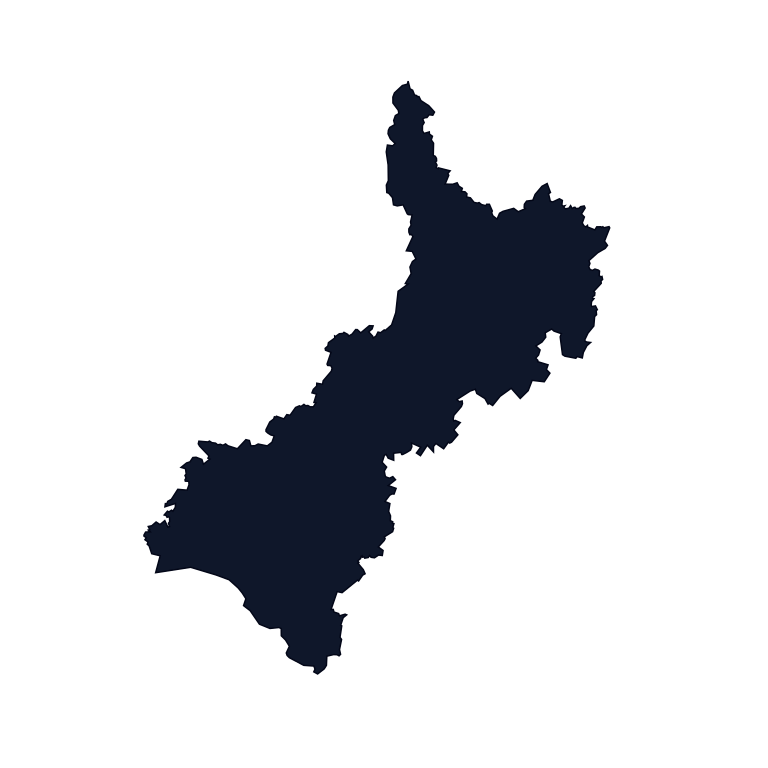 outline of Roscommon Lea-6, Roscommon, Ireland, rotated 107°
{"feature_id": "5873133B51577512339475", "entity_name": "Roscommon Lea-6", "entity_type": "district", "adm_level": 2, "iso_a3": "IRL", "parent_name": "Ireland", "parent_adm1": "Roscommon", "projection": "albers", "projection_center": [-8.414, 53.724], "detail": "fine", "context": "isolated", "style": "filled", "palette": "ink", "viewbox_px": 768, "rotation_deg": 107, "n_neighbors": 0, "source": "geoboundaries", "source_scale": "gbopen_adm2", "svg_char_len": 6162}
<svg xmlns="http://www.w3.org/2000/svg" viewBox="0 0 768 768"><g transform="rotate(107 384 384)"><path d="M173.3,444.1L188.3,439.3L193.1,439.9L200.1,437.3L200.2,435.2L203.3,430.4L209.9,427.3L209.8,423.4L207.1,418.1L214.4,411.6L214.9,410.4L214.1,406.5L221.3,406.0L224.2,404.5L228.4,405.6L231.5,404.6L233.7,402.9L233.0,401.4L234.5,399.5L250.1,401.6L248.9,395.8L255.1,390.0L258.6,392.6L264.6,393.4L270.5,390.3L281.7,393.0L281.3,390.1L291.2,397.6L312.3,393.6L325.3,394.0L332.5,398.5L332.2,399.6L335.9,402.2L336.1,404.9L340.5,405.7L343.3,407.8L341.6,408.8L338.6,413.9L334.9,411.5L331.6,411.4L332.5,415.1L341.9,421.2L339.8,425.4L340.2,427.0L345.6,429.1L348.6,431.9L347.2,433.0L346.3,437.4L347.6,438.0L349.0,441.4L352.7,444.2L352.5,445.2L354.4,444.5L360.7,449.2L364.1,448.8L367.1,450.7L368.8,449.8L369.2,443.9L381.6,444.3L382.7,443.3L382.0,440.3L383.9,438.3L387.1,438.1L398.7,443.1L402.2,442.7L402.9,448.5L405.7,447.8L409.8,450.0L413.5,450.3L413.4,445.6L422.1,445.6L421.7,443.5L426.5,444.9L427.4,448.0L426.8,450.5L427.7,452.5L426.9,454.6L429.8,456.8L429.6,458.5L432.3,461.7L441.3,464.7L441.7,468.0L446.6,469.5L446.3,477.5L447.4,477.9L447.4,479.2L449.8,479.3L453.7,482.1L462.2,483.5L463.8,483.0L464.9,480.7L465.8,477.4L465.7,473.8L472.4,474.1L477.3,477.5L478.2,486.8L480.7,489.3L482.1,493.2L477.4,496.2L477.6,499.8L488.8,505.3L488.7,515.2L487.6,518.0L489.7,520.1L489.5,522.9L490.8,525.3L489.8,527.8L490.4,531.4L489.6,534.2L490.9,535.5L492.8,544.3L495.5,544.1L497.3,542.2L504.0,530.3L506.4,530.7L506.7,528.5L513.5,533.2L509.4,536.1L509.0,542.3L510.2,545.3L515.2,546.8L517.2,549.7L523.1,553.7L523.0,549.4L523.8,548.7L528.0,546.8L529.6,547.6L531.8,545.8L533.8,546.3L535.0,545.6L534.1,542.2L537.4,541.0L543.1,541.3L545.0,550.4L556.4,553.6L559.5,556.5L561.9,556.6L562.3,558.1L565.5,557.6L559.2,548.5L562.9,547.5L567.5,548.7L566.8,550.3L569.3,552.3L568.9,553.9L573.5,555.9L573.5,553.8L574.9,552.5L573.9,551.2L574.6,550.0L578.3,548.7L580.2,549.4L583.0,547.4L584.0,548.9L578.7,553.7L583.9,557.1L582.6,561.6L587.4,564.6L589.2,567.8L591.8,565.4L592.6,566.7L593.7,564.4L595.3,568.7L598.7,569.4L599.7,569.0L600.5,566.4L602.8,567.1L604.1,563.4L606.4,563.6L607.5,561.3L614.2,556.5L613.7,547.8L631.2,547.2L615.8,515.3L615.7,489.0L616.5,474.9L621.7,463.8L625.2,458.6L629.7,453.3L637.0,453.5L639.9,445.7L650.1,432.9L651.1,421.6L647.6,413.3L647.9,410.8L654.8,408.6L657.6,403.3L662.5,397.8L669.8,398.8L671.9,397.3L673.4,394.5L676.5,378.5L674.2,368.6L676.9,366.6L679.8,367.0L680.7,362.7L673.9,357.9L669.9,356.8L661.0,359.1L657.5,353.1L656.6,349.7L657.1,347.5L655.2,346.5L651.0,348.9L640.7,349.9L639.1,352.0L627.6,353.7L627.3,354.9L619.4,354.7L615.7,352.2L615.5,353.9L618.7,358.8L616.8,360.3L616.7,365.2L614.4,366.6L615.1,368.7L596.2,368.1L595.8,363.1L579.4,352.1L579.8,350.7L573.0,348.5L571.0,346.6L567.6,349.5L563.0,356.6L562.1,355.8L560.8,357.4L557.8,355.4L555.5,355.7L554.6,354.7L556.0,354.1L555.2,352.6L556.2,351.5L554.5,348.3L552.2,347.6L553.5,345.7L553.0,342.3L549.2,339.2L548.5,335.5L543.5,336.2L541.5,341.8L533.7,338.1L531.6,337.7L530.1,339.0L522.7,332.6L519.1,332.6L518.6,333.6L514.6,333.7L514.7,335.3L513.2,335.4L512.8,338.0L508.2,339.2L504.5,342.3L496.6,343.4L496.1,348.7L488.8,346.1L486.8,344.2L486.3,342.2L480.3,341.9L479.9,350.3L472.2,345.0L470.0,348.5L472.5,351.2L472.3,354.9L471.5,356.0L467.1,358.3L462.7,357.2L459.4,362.9L452.2,362.8L450.6,361.4L453.7,358.3L454.1,352.4L447.4,354.6L444.4,347.7L446.2,346.5L446.0,345.6L442.8,342.3L439.5,339.4L435.9,339.0L432.4,340.5L433.7,330.4L440.5,332.8L441.9,328.2L429.9,324.7L434.5,316.8L429.3,318.4L425.7,317.0L428.5,308.0L420.8,305.4L421.3,303.9L419.9,302.4L411.0,298.5L407.5,303.8L398.6,299.8L398.0,305.2L399.0,306.4L397.3,307.6L393.5,308.0L382.9,303.4L379.9,303.2L377.4,304.3L378.9,307.0L377.6,309.8L365.5,299.5L362.3,295.1L365.9,292.5L368.4,283.2L372.8,278.6L371.7,277.9L372.8,273.8L361.8,269.4L350.9,261.1L358.0,249.5L348.2,244.2L337.2,243.4L335.0,231.4L325.1,228.5L322.7,232.9L317.7,232.7L317.7,243.6L316.4,243.8L315.0,246.5L311.1,244.7L305.8,244.7L303.2,249.9L297.7,245.2L291.9,243.0L287.9,244.8L282.4,239.7L283.7,236.9L284.0,229.1L287.4,229.3L303.7,221.9L304.5,219.2L303.3,208.1L301.3,207.3L301.1,202.0L295.6,202.6L288.1,201.2L283.9,198.6L284.6,202.6L284.2,204.3L282.9,204.9L275.7,203.8L267.2,200.3L257.9,202.3L255.6,201.0L251.7,202.6L250.6,201.7L247.5,204.6L249.2,208.1L248.0,208.9L244.4,209.6L241.0,208.2L241.1,209.7L239.4,210.0L237.8,208.5L235.0,209.0L234.2,210.5L224.2,205.7L222.0,206.6L220.1,205.5L217.4,207.0L218.1,207.8L217.5,209.9L213.0,210.9L212.4,212.3L212.4,215.9L214.4,217.9L214.3,220.4L212.0,222.5L208.5,222.3L206.1,224.1L196.0,218.0L189.6,212.1L186.1,210.8L182.9,214.9L168.7,213.8L167.7,214.8L170.3,219.4L169.6,220.7L170.7,221.6L170.2,222.5L171.5,226.5L175.0,227.4L174.3,235.2L172.9,235.8L174.8,237.0L174.2,239.2L172.0,241.5L165.7,241.2L163.7,244.9L156.9,243.1L155.2,244.6L156.9,247.8L159.2,249.2L160.1,252.1L159.2,252.9L159.5,253.9L161.2,255.3L158.9,257.7L161.8,258.6L163.5,261.8L162.3,263.9L160.7,263.2L161.6,264.8L160.7,266.3L156.3,267.1L155.6,270.4L160.6,275.9L160.6,278.4L153.9,282.3L152.2,280.8L144.6,286.6L148.7,290.7L158.5,294.9L164.8,295.4L167.4,301.1L171.1,302.3L174.1,301.6L175.0,300.1L180.0,306.0L178.1,311.3L184.1,320.7L186.9,323.4L193.3,324.1L191.3,329.1L188.8,331.1L186.9,331.0L181.3,335.8L182.1,338.4L183.7,338.7L183.9,343.1L182.7,346.1L183.7,347.6L184.0,351.0L180.7,355.8L181.0,359.7L177.8,360.3L176.5,362.8L177.3,366.3L174.0,366.3L172.9,370.2L170.2,372.9L172.9,376.7L175.0,384.0L165.5,383.1L164.0,384.5L160.8,383.1L161.4,395.0L162.3,395.1L161.8,397.4L159.2,397.3L156.7,399.8L155.3,398.9L152.9,399.8L151.3,401.5L151.0,403.7L139.3,407.0L136.7,410.2L132.9,410.1L131.7,413.6L129.7,414.4L132.7,419.0L130.6,421.3L125.5,422.8L122.3,422.0L119.4,424.4L117.6,423.1L116.6,420.8L113.3,419.5L112.7,415.9L109.2,415.2L104.8,422.5L102.2,431.5L98.9,434.6L99.5,436.1L98.6,437.0L98.7,439.3L94.7,442.5L94.1,445.4L87.3,449.5L90.4,449.3L93.2,453.7L102.6,459.1L107.0,459.4L112.7,457.6L118.1,450.3L121.0,448.9L124.0,451.6L129.1,451.8L132.8,449.6L137.0,453.5L140.0,454.0L143.5,453.3L147.6,449.7L150.8,443.6L153.7,445.4L154.5,450.6L161.4,449.7L173.3,444.1Z" fill="#0f172a" stroke="#020617" stroke-width="1.5"/></g></svg>